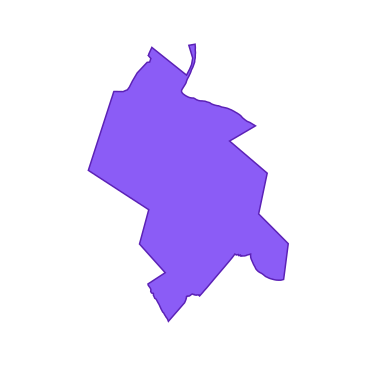 Reimerswaal, Zeeland, Netherlands, rotated 222°
{"feature_id": "6326949B12862747379665", "entity_name": "Reimerswaal", "entity_type": "district", "adm_level": 2, "iso_a3": "NLD", "parent_name": "Netherlands", "parent_adm1": "Zeeland", "projection": "orthographic", "projection_center": [4.116, 51.444], "detail": "fine", "context": "isolated", "style": "filled", "palette": "violet", "viewbox_px": 384, "rotation_deg": 222, "n_neighbors": 0, "source": "geoboundaries", "source_scale": "gbopen_adm2", "svg_char_len": 5171}
<svg xmlns="http://www.w3.org/2000/svg" viewBox="0 0 384 384"><g transform="rotate(222 192 192)"><path d="M85.9,218.0L105.1,219.1L127.8,220.3L140.0,241.3L148.7,256.3L172.1,255.7L198.2,255.0L193.5,269.7L189.1,283.6L195.5,282.4L197.7,281.6L198.0,281.5L198.4,281.4L199.0,281.3L200.1,281.2L200.9,281.1L201.5,281.1L203.2,281.0L203.6,281.0L204.0,281.0L204.4,281.0L205.8,281.2L206.8,281.3L207.3,281.3L208.3,281.2L208.8,281.2L209.3,281.1L211.3,280.8L212.5,280.5L213.5,280.3L214.2,280.2L215.0,280.0L217.0,279.5L217.6,279.4L218.0,279.2L218.9,278.9L219.7,278.6L220.4,278.4L221.2,278.1L221.7,277.9L222.3,277.6L222.9,277.3L223.6,276.9L225.7,275.7L226.2,275.4L226.6,275.1L226.8,275.0L227.0,274.9L227.4,274.8L228.1,274.6L228.5,274.4L229.2,274.1L229.8,273.9L230.5,273.4L231.4,272.8L231.8,272.6L232.2,272.4L233.4,271.7L233.8,271.6L234.2,271.4L234.9,271.1L235.5,270.9L236.2,270.6L236.6,270.5L237.2,270.4L237.9,270.3L238.3,270.3L238.7,270.2L239.7,269.7L241.3,268.9L242.1,268.6L242.7,268.4L243.1,268.1L243.5,267.9L244.4,267.2L245.4,266.5L246.2,265.8L246.8,265.3L247.2,265.1L247.7,264.8L248.3,264.4L249.0,264.1L249.5,264.0L250.0,263.7L250.5,263.6L250.9,263.5L251.6,263.4L252.3,263.3L252.7,263.2L253.1,263.1L253.5,262.9L254.0,262.7L254.4,262.3L255.0,261.8L255.9,261.2L256.4,260.9L257.1,260.5L257.7,260.3L259.1,259.8L259.7,259.7L260.5,259.5L261.2,259.3L262.1,259.2L263.0,259.1L263.8,259.0L264.6,259.0L265.1,259.1L265.7,259.1L266.2,259.3L266.7,259.5L267.0,259.7L267.4,260.1L267.6,260.4L267.9,260.9L267.9,261.1L268.1,261.8L268.4,263.5L269.1,267.5L269.4,268.8L269.7,269.6L270.2,270.6L270.6,271.7L270.8,272.0L270.9,272.4L271.2,273.4L271.4,274.4L271.8,275.9L272.0,276.7L272.3,277.5L272.6,278.7L273.0,279.8L273.3,280.6L273.6,281.3L274.0,282.1L274.2,282.8L274.5,283.9L274.7,284.7L275.0,285.6L275.3,286.3L275.7,287.3L276.1,288.3L276.6,289.4L276.7,289.7L276.8,290.0L277.1,290.5L277.3,290.8L277.5,291.0L278.0,291.6L278.1,291.8L278.3,292.0L278.7,292.8L279.3,293.7L279.5,294.0L279.8,294.4L280.1,294.7L280.7,295.4L281.1,295.9L281.4,296.2L281.8,296.7L282.2,297.3L282.5,297.7L282.8,298.0L283.0,298.2L283.3,298.5L283.7,298.8L284.1,299.2L284.7,299.8L285.3,300.5L285.6,300.9L285.9,301.3L286.1,301.5L286.3,301.7L286.6,302.0L287.2,302.6L288.0,303.3L288.6,303.9L292.5,298.9L281.1,292.0L277.6,286.4L276.0,281.8L274.8,277.2L274.3,275.2L299.4,273.7L316.6,272.7L318.6,272.6L316.5,265.9L316.4,265.9L316.0,264.8L315.9,264.4L315.9,264.2L311.9,263.7L310.4,260.2L312.1,258.3L312.3,248.9L312.3,248.7L312.4,243.8L310.5,234.5L308.7,227.9L308.7,227.7L308.4,224.7L309.5,222.5L310.3,220.6L310.5,220.4L312.7,218.5L313.7,217.6L315.1,216.4L316.7,215.0L317.3,214.4L317.1,213.8L315.9,211.2L314.5,208.1L314.0,206.8L313.9,206.7L293.5,161.0L283.5,138.7L272.6,140.4L212.3,149.9L196.2,118.2L180.4,116.5L157.9,114.1L163.2,94.2L162.3,93.5L162.0,93.4L161.7,93.3L159.2,92.8L158.9,92.7L157.9,92.3L157.6,92.2L157.4,92.1L156.9,91.5L156.6,91.2L156.3,90.6L156.1,90.5L156.0,90.4L155.8,90.3L155.5,90.2L155.2,90.1L154.8,90.0L154.5,89.9L154.3,90.0L153.7,90.3L153.4,90.5L153.2,90.6L153.0,90.8L152.8,90.8L152.7,90.7L151.8,89.7L151.7,89.5L151.4,89.3L150.2,88.9L148.6,88.1L147.3,88.3L147.1,88.3L146.8,88.3L144.3,87.4L142.6,86.8L141.6,86.5L141.0,86.3L140.6,86.1L139.7,85.7L138.8,85.3L136.3,84.2L135.1,83.8L134.3,83.5L133.5,83.2L133.1,83.2L132.1,83.2L131.9,83.1L130.6,82.6L130.3,82.5L130.0,82.4L129.9,82.4L129.5,82.3L128.8,82.1L128.5,82.0L128.3,81.9L128.0,81.8L127.7,81.7L126.4,81.5L126.0,81.4L125.7,81.3L125.3,81.2L124.4,80.8L123.0,80.1L123.2,93.6L123.4,104.5L123.4,104.8L123.5,105.0L123.7,105.6L123.8,106.0L124.3,107.4L124.4,107.6L124.5,107.8L124.7,108.2L125.0,108.7L124.9,108.8L125.1,109.1L125.2,109.3L125.4,109.6L125.5,109.8L125.8,110.2L125.9,110.3L126.0,110.3L126.1,110.5L126.2,110.8L125.8,111.1L125.7,111.2L125.6,111.3L125.5,111.6L125.5,111.9L125.4,111.9L125.4,112.0L125.2,112.3L124.8,112.5L124.7,112.5L124.4,112.9L124.4,113.0L124.3,113.4L124.3,113.6L124.2,113.7L124.1,114.0L124.0,114.3L124.0,114.5L124.0,115.0L123.9,115.3L123.9,115.5L123.8,115.8L123.7,115.9L123.7,116.0L123.4,116.5L123.2,116.6L122.8,116.7L122.5,116.7L122.4,116.8L122.2,116.8L121.9,117.1L121.8,117.3L121.7,117.3L121.3,117.3L121.1,117.3L120.6,117.7L120.2,117.9L119.9,118.2L119.6,118.4L119.5,118.5L119.5,118.8L118.0,120.1L117.8,119.8L116.8,119.8L116.8,124.5L116.9,126.8L116.9,130.5L117.3,141.5L117.7,155.6L117.8,158.7L118.0,165.2L118.2,170.0L118.6,174.6L117.7,174.6L116.8,175.3L116.7,175.2L116.3,175.8L116.0,176.3L115.8,176.5L115.2,176.1L114.8,176.0L114.6,176.4L114.4,176.8L113.9,177.5L113.3,176.9L112.6,177.7L112.4,177.4L111.6,178.3L110.9,179.0L110.4,179.4L110.3,179.6L109.5,180.6L109.2,181.2L109.1,181.3L109.1,181.5L108.9,181.8L108.9,182.0L108.7,182.3L108.0,183.3L106.9,185.1L105.7,183.7L105.1,183.2L104.5,182.6L104.0,182.3L103.2,181.8L102.3,181.4L99.4,180.1L97.9,179.4L95.0,178.4L93.4,177.7L92.7,177.5L92.0,177.4L90.4,177.3L89.3,177.3L88.8,177.4L87.6,177.6L86.5,177.9L85.8,178.1L84.9,178.2L84.0,178.3L81.7,178.4L81.1,178.4L80.5,178.5L79.3,178.9L77.5,179.4L76.7,179.7L75.9,180.0L72.9,181.5L72.0,182.0L71.0,182.6L70.4,183.0L68.9,184.2L68.2,184.8L67.6,185.4L67.0,185.9L66.3,186.9L65.8,187.7L65.4,188.3L70.4,195.6L85.9,218.0Z" fill="#8b5cf6" stroke="#5b21b6" stroke-width="1.5"/></g></svg>